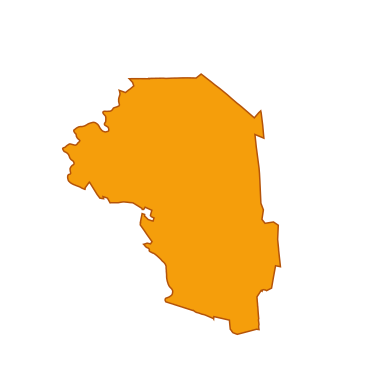 outline of Mazsalacas pag., Mazsalacas, Latvia, rotated 34°
{"feature_id": "27541924B83250469425555", "entity_name": "Mazsalacas pag.", "entity_type": "district", "adm_level": 2, "iso_a3": "LVA", "parent_name": "Latvia", "parent_adm1": "Mazsalacas", "projection": "equal_earth", "projection_center": [25.052, 57.893], "detail": "fine", "context": "isolated", "style": "filled", "palette": "amber", "viewbox_px": 384, "rotation_deg": 34, "n_neighbors": 0, "source": "geoboundaries", "source_scale": "gbopen_adm2", "svg_char_len": 5762}
<svg xmlns="http://www.w3.org/2000/svg" viewBox="0 0 384 384"><g transform="rotate(34 192 192)"><path d="M309.1,284.7L317.1,275.6L322.2,269.7L324.5,268.6L323.9,267.9L323.6,267.7L323.3,267.3L322.4,266.1L322.1,265.6L321.7,264.6L321.6,264.4L318.6,260.9L318.1,259.6L317.3,258.7L314.4,255.1L311.5,251.4L310.5,250.1L310.1,249.9L310.0,249.6L308.4,247.5L307.6,246.6L304.7,242.9L304.5,242.7L304.4,235.0L304.4,234.9L305.4,235.1L305.6,235.1L305.2,234.0L305.2,233.8L306.1,232.8L306.3,232.9L307.7,232.2L309.0,232.1L311.7,227.2L308.2,219.4L306.6,215.8L306.3,215.1L302.5,206.4L307.1,204.5L296.1,191.5L295.8,191.0L289.5,183.4L282.1,171.3L276.3,171.3L270.1,177.1L265.3,175.6L261.2,166.9L255.4,162.8L251.9,158.1L241.5,144.1L237.5,138.8L234.3,134.8L219.9,118.5L212.0,109.1L221.5,107.2L213.1,96.9L204.9,87.5L204.0,86.7L203.6,86.3L203.0,88.9L202.2,95.7L185.8,93.7L182.6,93.4L179.5,93.2L171.9,92.3L166.8,91.6L157.0,90.7L150.9,90.4L146.7,90.0L133.6,89.1L131.7,95.2L124.7,99.7L119.2,103.5L115.5,106.2L112.3,108.4L106.9,112.4L104.4,113.8L92.8,121.9L93.1,122.1L86.3,126.6L76.6,133.2L81.5,134.4L84.4,136.6L83.0,141.5L82.6,142.4L81.2,146.8L79.0,147.3L74.8,148.4L75.7,149.1L76.0,149.4L77.3,150.7L77.6,151.2L77.7,151.4L77.9,151.8L78.0,152.5L78.2,152.9L78.4,153.4L78.4,153.8L78.6,154.4L78.9,155.3L79.4,156.3L80.2,157.4L80.4,157.8L80.7,158.1L81.6,158.9L82.0,159.3L82.4,159.6L82.9,160.0L83.0,160.4L83.3,160.7L83.3,161.1L83.2,161.7L83.0,162.0L82.4,162.9L81.8,163.9L81.3,164.4L81.0,164.8L80.1,166.0L80.0,166.3L79.9,166.6L79.9,167.0L80.0,167.8L80.0,168.2L79.7,169.3L79.5,169.9L79.3,170.3L79.1,170.6L78.7,171.0L77.4,171.9L77.2,172.1L76.1,172.9L74.4,173.9L73.8,174.5L73.6,174.8L73.5,175.1L73.5,175.5L73.7,175.9L73.9,176.2L74.3,176.4L75.1,176.8L76.5,177.1L77.6,177.4L77.9,177.5L78.2,177.7L78.3,177.9L78.8,178.3L79.0,178.7L79.4,179.1L80.8,181.4L81.0,181.9L81.2,182.3L81.1,183.8L81.3,184.5L81.6,184.9L82.0,185.2L82.4,185.3L83.0,185.3L85.6,185.2L86.2,185.3L86.6,185.4L87.2,185.9L88.0,186.7L88.3,187.2L88.5,187.4L88.6,188.1L88.5,188.4L88.4,188.7L87.5,189.7L87.0,190.3L86.6,190.7L85.7,191.0L84.2,191.4L83.2,191.4L82.2,191.2L81.3,190.9L80.5,190.7L79.1,190.0L77.8,189.3L76.2,188.7L75.2,188.6L74.3,188.6L73.6,188.6L73.0,188.7L72.5,188.8L71.6,189.2L71.3,189.4L70.8,189.8L70.3,190.4L69.3,191.5L68.5,192.6L68.1,193.1L68.0,193.4L67.7,193.8L67.4,194.5L67.0,195.5L66.7,195.9L66.4,196.7L66.1,197.1L65.6,197.8L64.8,198.7L64.0,199.5L63.5,199.7L63.2,199.9L62.9,200.2L62.1,200.9L61.8,201.2L61.6,201.5L60.8,202.9L60.4,203.8L60.3,204.2L60.0,205.0L59.8,205.9L59.6,206.2L59.5,206.6L59.5,206.8L59.7,207.2L59.9,207.5L60.4,207.9L61.2,208.3L62.0,208.6L62.5,208.7L63.0,208.7L63.3,208.9L63.7,209.1L64.1,209.4L64.9,210.4L65.2,210.6L66.3,211.2L66.8,211.4L67.5,211.6L68.2,211.7L69.0,211.8L69.4,211.8L70.2,212.0L70.4,212.3L70.4,212.9L70.4,213.2L70.3,213.6L70.3,214.2L70.3,214.4L70.0,215.0L69.9,215.3L69.9,215.7L70.0,216.5L69.7,217.3L69.4,218.1L69.1,218.4L68.6,218.7L65.4,219.8L64.1,220.3L63.7,220.6L63.4,220.9L63.2,221.4L62.4,223.3L62.1,224.2L62.0,225.0L61.9,225.4L61.7,225.9L60.7,227.3L60.5,227.8L60.4,228.0L60.6,228.5L60.9,228.7L61.7,229.2L62.8,229.7L63.4,229.9L64.6,229.7L65.2,229.6L66.2,229.6L66.9,229.6L67.8,229.8L68.7,230.0L69.6,230.6L70.3,231.0L71.2,231.8L72.0,232.2L72.8,232.5L73.4,232.7L74.2,232.8L75.7,232.8L76.2,232.9L76.8,233.1L77.8,233.7L78.1,234.1L78.3,234.4L78.5,235.0L78.4,235.6L78.2,236.1L77.9,236.7L77.8,237.0L77.7,237.8L77.6,238.5L77.6,239.3L77.7,240.1L77.8,240.7L78.3,241.5L78.6,241.8L79.3,242.7L80.1,243.4L80.6,243.9L81.0,244.5L81.0,245.0L80.8,245.5L80.0,246.5L79.8,247.4L79.9,247.8L80.0,248.2L80.4,248.9L80.7,249.4L81.4,250.2L82.9,251.5L83.2,251.7L83.8,251.9L85.4,252.2L85.9,252.3L86.8,252.3L88.2,252.2L89.8,252.0L90.5,251.8L92.1,251.5L95.0,250.8L96.4,250.5L98.2,250.4L98.9,250.3L101.8,249.7L101.8,249.4L101.1,248.3L101.3,241.7L102.0,241.7L101.9,241.3L114.7,247.1L119.1,248.6L119.6,248.3L120.7,247.9L122.5,247.0L121.3,246.0L121.5,246.0L121.0,245.5L124.5,244.5L125.4,244.4L130.2,246.8L130.7,246.3L131.6,245.7L136.8,242.2L137.1,241.9L138.8,240.2L140.6,238.6L141.6,238.0L142.2,237.7L142.7,237.4L144.6,236.4L146.6,235.4L148.1,234.5L149.2,234.0L156.0,233.7L159.6,233.6L160.5,234.3L161.7,233.5L161.6,230.8L168.9,229.6L170.6,234.6L170.8,234.8L172.0,235.2L175.1,234.8L175.1,235.1L175.3,235.8L175.9,237.4L176.0,237.8L174.9,238.2L174.9,238.3L171.1,239.3L170.8,239.3L167.4,238.6L166.4,238.7L165.3,237.1L162.7,237.8L164.2,241.3L164.5,242.1L166.3,246.3L166.5,246.2L167.2,247.7L167.5,248.2L172.8,250.2L178.3,252.4L186.6,255.5L186.6,258.2L183.4,259.5L181.9,261.5L181.1,262.4L182.1,262.6L183.6,263.1L184.4,263.3L185.6,263.3L186.6,263.1L187.6,263.0L188.2,263.2L188.9,263.6L189.0,264.0L189.2,264.4L189.7,264.8L190.6,264.9L192.4,264.7L193.1,264.6L193.8,264.5L194.2,264.3L195.1,264.2L195.9,264.2L197.1,264.3L198.4,264.4L199.2,264.5L202.5,265.0L204.0,265.3L205.3,265.7L206.5,265.9L208.2,266.1L210.2,266.8L211.2,267.4L212.1,268.1L213.1,269.6L214.6,271.4L215.1,272.2L216.1,273.4L217.2,274.8L218.5,276.7L219.3,277.7L221.3,279.7L222.7,280.8L223.8,281.7L225.0,282.4L226.2,283.0L227.5,283.3L229.3,283.7L229.8,283.9L230.6,284.3L230.9,284.5L231.4,284.9L231.7,285.4L232.0,285.8L232.2,286.4L232.6,287.3L232.8,287.9L232.8,288.5L232.7,289.3L232.1,291.0L231.6,292.0L230.4,293.8L229.9,294.3L229.7,294.7L229.6,295.5L229.7,295.8L230.1,296.6L230.4,296.9L231.2,297.4L231.7,297.7L259.1,289.7L259.3,289.4L260.3,289.5L261.0,289.5L261.8,289.5L262.7,289.4L263.5,289.2L264.7,288.7L268.7,287.7L270.4,287.0L271.8,286.6L279.6,285.1L280.3,285.0L280.7,285.0L280.9,285.1L279.8,283.1L281.5,282.4L294.7,277.3L295.0,277.7L296.1,279.1L300.5,284.4L301.3,284.6L302.6,285.0L302.8,285.2L304.2,285.6L304.5,285.7L304.9,285.7L306.0,285.4L306.6,285.3L306.9,285.2L307.5,285.1L308.1,284.9L308.5,284.8L309.1,284.7Z" fill="#f59e0b" stroke="#b45309" stroke-width="1.5"/></g></svg>